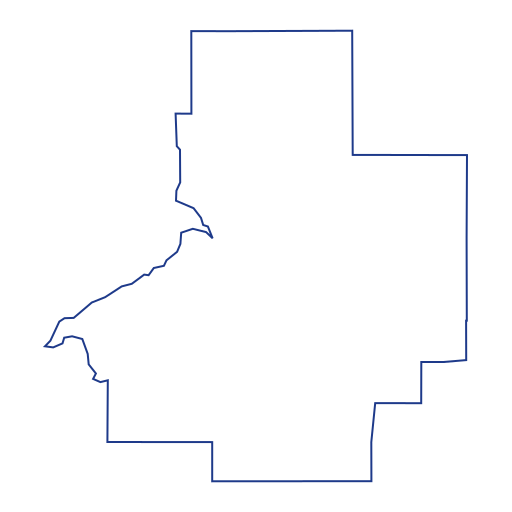 Butte, Idaho, United States of America (Robinson projection)
{"feature_id": "52423323B97666997911945", "entity_name": "Butte", "entity_type": "district", "adm_level": 2, "iso_a3": "USA", "parent_name": "United States of America", "parent_adm1": "Idaho", "projection": "robinson", "projection_center": [-113.393, 43.759], "detail": "fine", "context": "isolated", "style": "outline", "palette": "blue", "viewbox_px": 512, "rotation_deg": 0, "n_neighbors": 0, "source": "geoboundaries", "source_scale": "gbopen_adm2", "svg_char_len": 852}
<svg xmlns="http://www.w3.org/2000/svg" viewBox="0 0 512 512"><path d="M45.0,346.3L53.2,347.4L62.5,343.4L64.2,337.7L72.1,336.3L82.3,339.0L87.7,353.9L88.7,364.4L95.9,373.5L93.1,378.9L100.4,382.1L107.8,380.3L107.4,442.0L212.2,442.1L212.2,481.3L348.3,481.2L371.4,481.2L371.3,442.1L375.2,403.1L421.2,403.2L421.3,362.0L443.5,362.0L466.2,360.1L466.1,320.7L466.8,320.7L466.6,237.7L467.0,155.1L352.7,154.9L352.2,30.7L227.9,31.2L191.3,31.1L191.4,113.7L175.6,113.6L176.8,146.2L180.0,149.7L180.2,182.4L176.4,190.7L176.0,200.7L193.6,208.2L201.0,217.9L203.2,225.0L207.9,226.5L212.6,238.3L206.1,232.1L192.8,228.8L181.2,232.7L180.4,243.9L177.1,251.8L166.5,260.3L163.9,265.8L153.8,268.0L148.6,275.2L144.2,274.6L131.8,283.8L121.7,286.4L105.1,297.2L91.8,302.5L73.7,317.9L64.5,318.2L59.3,321.6L50.4,340.7L45.0,346.3Z" fill="none" stroke="#1e3a8a" stroke-width="2"/></svg>